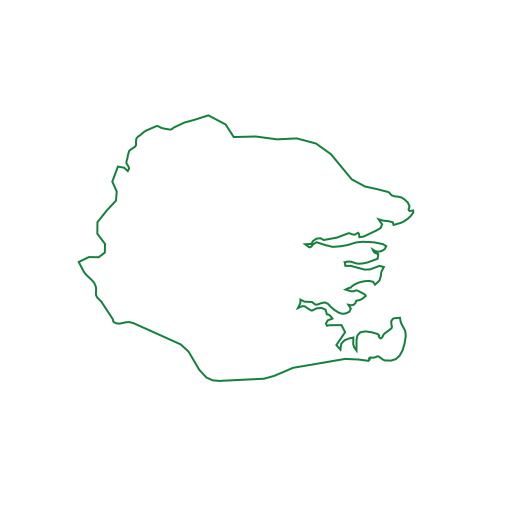 map outline of Boke (Mercator projection), rotated 233°
{"feature_id": "GIN-5629", "entity_name": "Boke", "entity_type": "Prefecture", "adm_level": 1, "iso_a3": "GIN", "parent_name": "Guinea", "parent_adm1": "", "projection": "mercator", "projection_center": [-14.564, 11.071], "detail": "fine", "context": "isolated", "style": "outline", "palette": "green", "viewbox_px": 512, "rotation_deg": 233, "n_neighbors": 0, "source": "natural_earth", "source_scale": "10m", "svg_char_len": 3591}
<svg xmlns="http://www.w3.org/2000/svg" viewBox="0 0 512 512"><g transform="rotate(233 256 256)"><path d="M288.8,102.6L290.1,102.8L291.6,103.6L312.6,105.0L318.4,104.2L321.0,104.7L323.2,106.2L325.4,108.1L327.8,109.6L331.9,110.6L335.4,110.4L343.0,109.1L346.9,109.0L357.9,110.8L355.7,121.9L349.7,129.6L349.7,137.3L356.5,142.7L369.3,142.7L378.4,149.7L382.2,164.4L384.5,177.5L391.3,183.6L401.9,186.0L410.5,199.5L405.9,203.8L401.0,204.7L402.2,207.2L403.2,207.7L404.7,208.0L407.9,208.3L409.0,208.9L411.3,212.0L413.1,213.8L416.1,217.7L416.4,219.4L416.1,225.1L416.7,226.8L417.8,227.8L418.9,228.4L421.6,230.9L422.1,232.2L422.3,233.9L422.2,236.1L422.5,241.6L422.2,244.0L419.7,254.5L419.1,255.5L418.2,256.1L415.8,257.2L413.6,258.8L408.7,263.4L407.9,264.9L408.1,267.4L405.7,279.0L401.8,288.8L397.0,302.6L379.3,310.9L364.4,309.8L351.6,327.7L336.5,343.0L325.4,359.3L309.6,371.7L292.2,377.1L259.6,378.6L246.0,384.8L236.2,393.2L226.9,400.6L227.0,400.5L226.9,400.5L222.9,400.8L220.1,402.7L217.8,405.3L215.0,407.5L211.6,408.7L207.3,409.4L203.4,408.6L201.2,405.7L199.5,405.7L197.8,408.9L196.1,407.8L194.9,404.1L194.4,399.6L194.6,395.1L195.3,391.6L198.0,384.6L200.7,385.5L204.1,382.7L207.8,378.8L211.6,376.0L205.5,375.8L203.4,372.5L203.8,367.9L206.8,353.6L208.8,349.9L211.6,351.5L213.1,351.5L213.6,347.7L215.5,345.7L217.6,344.6L218.6,343.4L221.9,331.9L228.0,319.7L231.4,318.2L233.4,314.8L233.7,310.7L232.3,307.3L233.3,306.1L235.8,302.3L230.8,303.8L230.2,305.8L231.0,308.6L230.5,312.7L222.0,318.6L221.0,319.7L217.3,322.5L213.1,329.0L209.6,335.8L206.6,344.1L203.2,349.7L196.1,358.3L189.0,364.6L185.5,365.9L184.0,362.8L184.5,358.8L186.0,356.0L188.1,354.2L190.9,353.1L189.1,352.7L187.6,352.7L186.0,353.4L184.0,354.8L180.6,351.5L183.7,341.3L185.7,336.9L188.4,332.9L190.0,331.4L193.5,329.0L195.2,327.5L196.6,325.5L197.2,323.7L197.7,323.1L196.4,322.6L194.4,321.4L191.0,325.8L179.7,334.6L176.7,339.0L173.8,348.6L170.3,351.5L167.8,346.5L164.6,343.3L162.1,339.8L161.5,333.8L164.9,334.0L167.8,331.6L170.2,328.1L171.8,324.9L173.1,321.6L173.9,317.7L174.1,314.4L173.7,312.7L174.4,311.2L174.8,310.1L175.3,307.3L170.6,310.7L169.0,312.8L168.4,315.2L167.2,316.3L160.0,319.7L158.1,319.7L157.9,316.8L158.0,314.0L158.7,311.5L160.0,309.2L158.5,306.8L158.3,304.5L159.3,302.4L161.5,300.4L156.8,300.0L155.3,297.0L156.1,293.1L158.1,289.9L161.3,287.8L165.7,286.2L170.4,285.1L174.5,284.7L177.5,283.0L179.2,279.4L180.3,275.8L181.4,274.2L185.6,273.0L190.3,267.3L194.4,265.2L192.5,263.8L191.2,262.2L189.2,258.1L188.7,260.5L188.0,262.8L186.7,264.5L184.9,265.2L183.5,265.6L179.5,267.2L178.7,267.8L177.7,272.9L175.0,277.2L171.2,279.2L166.7,277.5L165.5,278.7L164.2,279.2L162.5,279.4L160.0,279.4L161.4,274.5L160.0,271.3L157.6,270.7L156.4,273.2L149.3,282.7L141.5,281.3L136.5,266.6L130.4,267.0L134.7,271.4L135.4,276.1L134.1,280.7L132.3,284.7L127.1,280.6L124.1,279.5L120.1,279.4L128.5,285.8L131.5,289.2L132.3,293.4L129.9,298.1L125.1,302.8L120.5,306.2L118.4,306.5L117.9,305.7L116.7,305.5L115.5,305.7L115.0,306.5L115.2,308.0L116.4,310.5L116.7,311.8L116.7,320.6L117.7,322.0L120.1,323.1L122.5,324.7L123.5,327.5L123.1,328.9L120.1,333.8L115.6,331.6L106.4,330.1L102.0,327.5L96.7,322.0L92.4,316.2L89.9,310.6L89.5,305.6L91.2,300.9L95.1,296.0L96.9,295.0L101.9,293.5L102.9,292.5L103.2,290.6L104.0,288.9L105.0,287.3L106.2,286.3L106.2,284.7L105.1,284.7L104.8,284.3L104.9,283.6L104.6,282.7L111.8,275.4L120.2,265.2L144.4,218.3L149.4,198.1L153.2,188.5L178.2,151.7L182.7,146.6L188.8,143.3L199.2,142.2L220.2,144.6L230.6,142.7L252.9,130.5L276.3,117.6L279.5,115.0L281.2,112.5L284.1,106.3L286.1,104.1L288.8,102.6Z" fill="none" stroke="#15803d" stroke-width="2"/></g></svg>